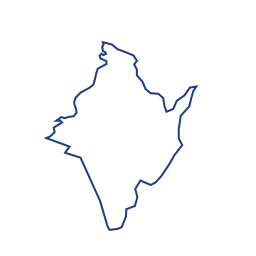 Galini, Cyprus, rotated 337°
{"feature_id": "46923920B41086018803178", "entity_name": "Galini", "entity_type": "district", "adm_level": 2, "iso_a3": "CYP", "parent_name": "Cyprus", "parent_adm1": "", "projection": "orthographic", "projection_center": [32.781, 35.132], "detail": "fine", "context": "isolated", "style": "outline", "palette": "blue", "viewbox_px": 256, "rotation_deg": 337, "n_neighbors": 0, "source": "geoboundaries", "source_scale": "gbopen_adm2", "svg_char_len": 1103}
<svg xmlns="http://www.w3.org/2000/svg" viewBox="0 0 256 256"><g transform="rotate(337 128 128)"><path d="M48.9,105.4L66.9,122.3L60.4,126.2L72.7,136.7L73.8,184.3L70.8,209.8L71.1,214.5L78.9,216.8L83.5,216.8L91.6,208.6L94.7,202.1L103.9,202.5L109.7,195.1L110.8,187.0L118.9,181.2L126.6,189.3L132.0,188.9L139.7,185.4L152.1,177.3L160.2,171.1L164.7,168.6L171.3,164.9L170.6,157.6L174.0,149.4L181.3,137.4L192.9,132.0L198.3,124.7L202.9,119.2L207.1,116.5L200.6,115.0L197.1,117.3L192.9,120.0L183.6,122.0L177.1,128.1L169.8,128.1L170.2,121.6L172.1,114.2L169.4,108.4L162.5,104.9L159.4,99.1L159.4,91.0L156.7,82.9L159.0,77.9L158.6,71.7L162.5,69.7L161.3,63.2L155.1,57.0L149.0,51.2L145.9,45.0L138.4,39.2L138.0,41.8L136.0,43.1L134.9,47.6L136.7,49.2L136.7,51.2L133.8,51.2L132.5,49.3L130.0,50.5L130.0,53.5L134.2,57.9L133.3,60.6L123.3,61.6L120.1,65.3L116.4,70.5L113.1,74.6L108.4,75.9L98.3,76.9L91.9,79.5L88.4,83.3L87.8,86.4L87.6,90.7L86.6,93.8L82.6,96.0L77.9,94.6L73.8,94.3L70.8,91.9L64.8,93.3L68.3,94.6L69.5,97.1L66.5,97.6L59.8,98.6L58.8,103.2L53.7,105.2L48.9,105.4Z" fill="none" stroke="#1e3a8a" stroke-width="2"/></g></svg>